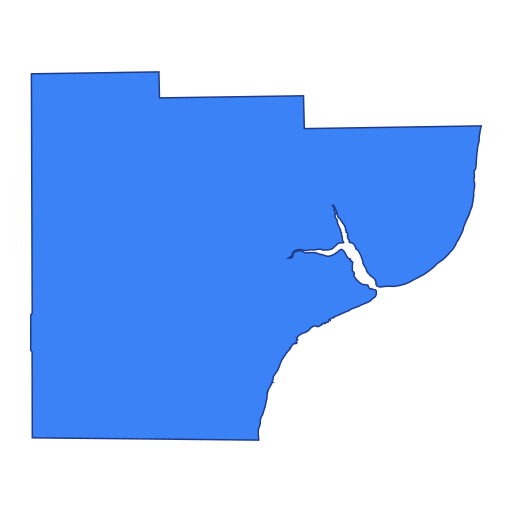 Corpen Aike, Santa Cruz, Argentina
{"feature_id": "61730980B24902089769894", "entity_name": "Corpen Aike", "entity_type": "district", "adm_level": 2, "iso_a3": "ARG", "parent_name": "Argentina", "parent_adm1": "Santa Cruz", "projection": "orthographic", "projection_center": [-68.391, -49.985], "detail": "fine", "context": "isolated", "style": "filled", "palette": "blue", "viewbox_px": 512, "rotation_deg": 0, "n_neighbors": 0, "source": "geoboundaries", "source_scale": "gbopen_adm2", "svg_char_len": 6021}
<svg xmlns="http://www.w3.org/2000/svg" viewBox="0 0 512 512"><path d="M31.4,73.8L32.2,313.3L30.8,314.9L30.7,350.3L32.1,351.8L32.3,437.8L69.2,438.2L134.6,438.8L258.7,440.1L258.6,437.7L258.2,434.4L258.2,431.4L258.4,429.8L258.8,428.1L259.8,425.5L260.2,423.7L260.4,420.0L260.7,418.7L261.2,416.9L262.5,414.8L262.9,413.8L263.6,411.3L264.2,409.6L264.9,407.2L265.3,406.1L265.7,403.6L266.1,402.3L266.2,401.1L267.0,398.1L267.0,396.1L267.3,393.6L267.2,393.4L267.3,392.6L267.2,392.4L267.5,392.2L267.3,392.0L267.4,391.9L268.0,391.5L267.9,390.6L268.0,390.5L268.0,390.3L268.5,389.4L269.8,387.0L271.1,384.7L271.3,384.1L271.5,384.0L271.8,382.8L272.1,382.6L272.6,382.5L272.0,382.2L273.1,379.2L273.4,376.9L273.7,375.9L274.1,375.2L275.1,374.1L276.0,372.5L277.4,370.7L278.1,369.4L278.8,367.5L279.4,366.4L279.8,364.9L281.1,361.4L283.2,357.8L284.5,355.9L285.1,355.3L285.5,354.3L286.6,352.8L289.5,349.5L290.0,349.1L290.1,348.9L290.2,348.7L289.9,348.7L290.0,348.2L289.9,348.1L291.2,346.8L291.7,345.9L292.9,344.3L293.4,343.9L294.2,343.6L294.6,343.9L296.1,343.0L296.3,343.0L296.4,343.4L297.0,343.7L296.7,343.3L296.7,342.6L296.8,342.3L296.3,342.1L296.2,341.6L296.2,341.2L296.5,341.0L296.8,340.5L297.1,340.3L296.9,340.0L297.0,339.5L297.3,339.7L297.3,339.9L297.6,339.8L297.4,339.4L297.2,339.4L297.0,339.2L297.0,338.6L296.9,338.4L297.1,338.5L296.7,338.0L296.8,337.7L298.7,335.6L299.5,335.0L301.2,334.0L302.8,333.2L304.6,332.6L306.0,332.2L306.6,331.5L307.5,331.2L308.4,330.6L309.4,329.5L309.9,328.6L311.5,327.5L313.0,326.3L314.2,326.0L315.9,325.9L316.7,326.5L318.4,326.6L319.3,326.0L321.1,325.2L321.4,324.8L321.5,324.3L321.7,324.0L322.4,324.2L322.9,323.8L323.2,323.3L323.5,323.2L324.0,323.2L324.7,323.5L325.3,323.5L325.6,323.1L325.5,322.6L325.6,322.3L326.0,322.2L326.5,322.3L327.6,322.2L328.2,322.0L328.7,321.2L328.9,319.8L329.0,319.5L329.5,319.5L329.8,319.7L330.2,320.0L330.1,319.2L330.2,318.9L333.6,317.5L334.0,317.6L334.1,317.3L334.0,317.1L334.1,316.9L340.1,314.4L343.1,313.0L347.8,311.0L349.5,310.4L350.0,309.7L350.5,309.5L350.7,309.3L351.1,309.1L359.7,305.9L360.6,305.2L368.5,302.0L369.5,301.4L371.3,300.0L371.9,299.2L374.9,297.0L375.7,296.0L376.4,293.7L376.4,293.1L376.3,292.3L376.3,291.0L376.0,290.4L375.5,289.9L373.0,289.4L371.4,288.5L370.6,289.0L370.0,289.0L369.3,288.5L368.7,286.9L367.8,285.2L366.8,284.8L365.5,285.0L364.5,284.5L363.5,284.6L361.7,284.1L360.1,283.0L356.7,279.8L355.8,278.7L354.2,276.4L353.9,275.2L354.0,274.9L354.2,274.5L354.3,273.5L354.2,273.0L354.0,272.7L353.8,272.0L352.8,271.6L352.3,270.4L352.3,268.7L352.4,267.8L352.3,266.6L352.6,262.8L352.9,262.5L352.6,262.1L351.9,261.6L351.8,261.3L351.1,260.8L350.9,260.8L351.0,260.6L350.7,260.5L350.5,260.1L350.0,259.7L350.0,259.4L350.1,259.1L349.9,259.2L347.9,257.9L346.6,256.0L345.7,254.0L344.1,251.4L342.0,249.4L340.6,249.6L339.9,249.9L337.6,252.1L336.4,252.7L335.4,253.5L333.4,254.7L332.7,254.9L332.4,255.2L329.9,256.0L327.9,256.3L326.3,256.0L322.1,254.6L318.7,254.0L317.3,253.2L315.5,252.8L313.5,252.6L309.1,252.6L306.1,253.0L305.0,252.8L302.9,251.5L301.0,250.7L299.5,250.7L296.2,251.3L294.8,251.9L293.9,252.6L293.2,253.5L292.9,255.6L292.6,256.9L290.8,258.1L288.3,258.1L289.8,257.1L291.4,256.2L291.9,255.7L292.5,253.0L293.8,251.3L295.8,250.3L297.1,249.9L298.3,249.6L300.4,249.5L303.0,249.8L305.6,250.6L307.2,250.5L309.6,249.8L314.1,250.0L318.3,249.2L320.6,249.2L323.1,250.1L324.8,249.9L327.0,250.0L330.0,249.5L331.5,249.1L332.9,248.3L334.3,246.9L336.7,244.8L337.3,243.9L338.3,243.4L339.2,243.1L341.8,242.7L343.4,242.8L343.7,242.4L343.1,241.9L343.0,241.0L342.4,240.2L342.5,239.4L342.2,238.3L342.3,237.2L342.0,235.9L341.3,235.0L341.5,234.2L341.6,233.0L340.8,232.0L340.7,230.9L340.4,230.4L340.6,229.7L339.6,228.0L337.7,223.8L337.4,222.6L337.3,220.3L335.7,218.1L335.2,216.9L335.0,215.9L334.7,215.3L334.8,214.8L335.6,214.5L335.8,213.8L335.7,213.3L335.1,212.5L334.4,210.8L334.1,209.9L334.0,208.9L334.1,208.3L333.7,207.2L333.5,206.9L333.4,206.5L332.3,205.5L333.2,205.1L334.8,207.2L335.2,208.1L334.9,209.0L335.0,209.6L335.9,210.1L336.6,211.5L336.9,212.5L337.8,216.5L338.6,217.8L339.8,218.6L340.8,220.0L341.3,221.2L342.5,222.7L342.9,223.6L343.8,224.2L345.3,227.5L345.6,229.1L345.6,230.2L346.1,230.3L346.5,231.3L346.2,231.7L346.2,232.4L347.1,232.7L347.3,233.2L347.6,233.5L347.9,234.2L347.4,235.7L347.6,236.4L347.6,237.2L347.7,237.8L348.4,239.3L349.4,240.4L349.1,241.4L349.4,242.1L349.8,242.6L350.2,242.8L351.5,242.7L352.6,243.1L354.4,245.0L355.0,245.9L355.5,247.2L355.9,248.7L356.2,249.3L356.6,249.3L357.8,250.1L358.5,251.4L359.5,252.8L361.0,256.0L361.6,257.8L362.7,260.7L362.9,262.8L363.4,264.3L366.1,268.8L366.5,270.7L367.1,271.8L368.2,273.3L369.1,273.9L369.6,275.0L372.5,277.2L373.1,277.8L374.2,278.5L375.1,279.9L375.7,281.1L375.9,282.3L376.1,284.5L376.7,285.7L379.0,286.8L380.7,287.0L384.4,286.5L387.7,286.2L394.1,286.4L399.7,285.5L405.4,283.9L408.6,282.6L414.9,279.1L420.7,276.2L424.5,274.1L428.5,271.2L432.5,268.1L435.1,265.8L436.9,263.8L443.2,259.3L447.7,255.0L450.6,251.6L452.7,249.4L455.6,245.0L456.1,243.5L456.6,242.3L458.4,239.7L461.8,233.0L463.0,230.0L463.5,227.5L463.8,226.5L465.5,222.7L465.9,221.4L466.3,220.5L466.3,220.3L466.7,219.7L467.0,218.9L467.0,218.6L467.3,218.5L467.3,218.0L467.5,217.5L467.8,217.1L467.9,216.8L468.1,216.8L468.1,216.6L468.5,216.1L468.5,215.6L468.8,215.4L468.8,214.7L469.1,214.5L469.3,214.0L469.4,213.5L469.7,213.0L469.6,212.8L469.7,212.3L470.0,211.8L470.1,211.0L471.3,208.3L471.9,206.7L472.3,204.9L472.2,204.5L472.4,203.7L472.4,203.2L472.7,202.7L472.6,202.4L473.1,200.6L473.1,200.3L473.2,198.6L473.6,196.8L473.7,195.6L473.6,193.8L473.7,192.6L474.0,190.8L473.9,190.1L474.1,189.1L474.6,186.9L474.6,184.3L474.6,183.4L474.5,182.6L474.1,181.6L473.8,180.4L473.9,179.3L474.2,177.9L474.5,175.9L474.2,174.4L474.2,172.4L474.0,172.2L474.0,171.9L474.1,171.3L475.5,169.1L475.9,166.9L476.3,163.4L476.3,160.9L476.5,158.7L476.6,156.8L476.8,154.2L477.4,149.9L477.7,146.7L479.1,141.0L479.3,136.1L479.9,132.6L480.3,129.8L481.3,125.9L324.9,128.3L304.3,128.6L303.5,95.8L159.5,97.9L158.9,71.9L53.0,73.5L31.4,73.8Z" fill="#3b82f6" stroke="#1e3a8a" stroke-width="1.5"/></svg>